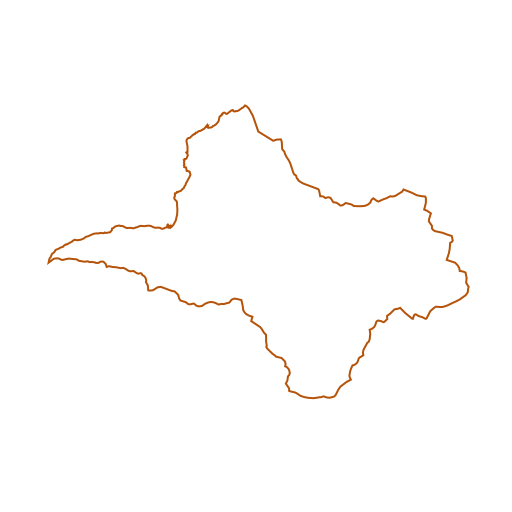 Dalvíkurbyggð, Norðurland eystra, Iceland (Albers equal-area conic projection), rotated 262°
{"feature_id": "244011B31014041409595", "entity_name": "Dalvíkurbyggð", "entity_type": "district", "adm_level": 2, "iso_a3": "ISL", "parent_name": "Iceland", "parent_adm1": "Norðurland eystra", "projection": "albers", "projection_center": [-18.585, 65.893], "detail": "fine", "context": "isolated", "style": "outline", "palette": "amber", "viewbox_px": 512, "rotation_deg": 262, "n_neighbors": 0, "source": "geoboundaries", "source_scale": "gbopen_adm2", "svg_char_len": 6121}
<svg xmlns="http://www.w3.org/2000/svg" viewBox="0 0 512 512"><g transform="rotate(262 256 256)"><path d="M190.9,460.8L193.1,461.2L195.8,462.3L200.1,460.4L205.0,461.5L210.4,461.2L211.5,459.5L212.5,457.0L212.7,455.7L215.8,455.6L219.0,454.2L221.7,452.2L225.6,444.3L231.7,447.3L235.7,448.7L242.0,450.1L243.0,452.3L244.0,453.0L248.6,452.6L250.3,448.9L253.0,444.0L255.8,436.5L257.5,434.7L258.8,434.1L261.5,434.4L266.2,432.0L268.1,432.4L273.9,435.1L277.0,431.7L278.6,429.0L284.9,431.6L289.6,432.3L291.3,431.9L292.2,428.3L293.4,424.7L294.1,423.2L297.1,418.9L301.3,411.4L299.4,409.7L296.2,402.5L295.9,400.6L296.0,398.7L296.5,397.4L294.9,392.7L294.6,390.7L292.9,384.7L293.7,383.4L296.8,380.2L295.9,378.7L294.8,377.6L293.0,376.7L291.3,373.9L290.5,371.0L290.6,367.8L291.0,364.6L291.9,359.7L293.1,358.6L294.0,357.1L296.0,352.2L294.7,349.8L294.2,348.5L294.2,346.9L294.4,346.3L295.8,345.2L297.6,343.0L298.5,340.0L303.0,338.0L303.9,336.6L304.1,335.2L303.7,332.8L305.5,330.9L306.1,329.1L306.2,327.9L312.0,327.6L313.6,326.9L320.9,313.4L322.2,311.5L324.8,308.5L326.0,308.3L327.1,307.3L329.8,306.9L330.8,306.2L331.3,305.3L333.1,304.6L343.1,302.8L346.4,301.7L350.0,299.9L353.2,298.9L355.3,298.6L358.1,296.8L365.5,297.4L368.0,296.9L368.4,293.0L367.7,289.1L378.9,275.6L395.3,272.4L403.1,269.4L405.2,267.9L406.6,266.1L404.6,263.5L404.6,262.9L402.7,259.4L402.1,257.7L402.2,256.3L402.4,255.9L402.1,255.1L402.2,254.5L402.7,253.7L403.6,253.5L403.8,252.8L403.3,251.4L400.8,247.1L400.8,246.6L402.4,244.6L402.3,243.5L401.4,242.2L401.0,242.4L400.5,241.9L400.3,241.7L400.4,241.4L399.6,240.5L399.2,239.4L395.0,237.8L393.8,236.9L391.7,234.4L390.8,232.2L390.7,231.4L390.0,230.7L389.6,229.8L389.5,228.8L389.7,227.9L389.5,226.7L390.1,225.9L390.8,226.2L390.6,225.9L390.7,225.5L391.2,225.1L391.9,225.4L392.0,225.8L392.3,225.8L389.1,222.3L388.9,221.3L388.5,220.6L387.6,218.2L387.6,216.5L386.3,214.5L386.5,213.4L385.4,212.7L385.4,212.0L385.0,211.0L384.7,210.9L384.6,210.2L382.2,206.9L382.2,205.5L381.8,204.6L380.8,203.6L379.4,203.1L373.7,203.4L369.1,202.7L368.5,202.2L368.6,201.8L368.2,202.5L367.5,202.2L367.6,201.8L369.1,200.9L367.5,201.7L367.4,202.2L365.2,202.5L362.1,200.6L361.9,199.6L362.0,198.8L361.0,198.6L360.9,198.4L360.9,197.9L359.7,198.2L358.4,197.6L356.9,197.9L356.2,197.6L356.0,197.2L354.8,197.5L354.0,197.3L353.7,198.0L353.6,198.8L353.3,199.1L350.0,199.2L350.1,199.8L349.2,200.7L349.1,201.6L348.7,202.0L345.6,202.4L342.5,200.5L342.0,199.9L339.2,198.0L338.3,197.1L335.7,195.8L335.0,194.9L333.4,194.0L332.1,191.9L331.2,191.0L330.8,190.1L330.6,188.4L330.1,187.5L330.4,186.7L329.6,186.1L329.3,185.5L329.3,184.4L326.6,184.0L325.0,183.1L323.7,183.3L320.9,185.2L312.9,184.6L308.1,183.7L302.4,181.5L298.4,178.6L297.2,177.2L297.8,174.3L297.7,174.3L297.1,176.4L296.5,176.3L296.1,175.5L296.8,175.5L295.8,174.9L296.2,173.4L298.3,173.9L297.8,173.6L297.7,172.5L297.9,172.4L298.9,172.7L300.0,173.9L299.0,172.5L296.9,172.0L296.6,169.7L296.1,168.6L295.9,167.5L296.1,166.4L297.3,164.7L297.8,162.6L297.9,160.7L298.0,160.2L298.8,158.3L300.3,156.2L300.9,154.4L301.1,152.1L301.1,149.3L301.9,146.0L301.6,144.0L301.0,142.1L301.0,140.7L300.5,139.5L300.7,137.4L301.3,135.9L301.7,132.0L302.2,130.9L304.0,128.5L304.6,126.6L304.6,125.9L305.2,124.9L305.0,121.5L304.6,120.2L303.6,118.8L303.2,117.2L301.7,116.9L299.8,114.8L299.8,112.7L299.6,111.4L299.8,110.9L299.9,109.8L300.3,109.5L299.8,108.2L300.3,105.8L300.5,105.3L300.3,103.4L300.6,101.1L300.6,98.2L298.9,92.4L298.7,90.3L297.3,87.8L296.5,84.6L296.5,81.0L297.3,79.0L296.8,77.1L295.7,75.5L295.1,73.6L293.8,70.4L293.7,70.0L294.0,69.8L294.0,69.4L292.9,67.1L292.0,66.2L291.4,62.9L290.9,62.3L290.0,58.7L289.5,57.9L288.0,57.0L286.4,54.2L283.2,52.3L282.3,51.2L278.3,49.7L281.2,55.0L281.5,55.9L281.3,59.3L281.0,60.2L279.2,63.0L279.0,64.2L279.4,67.8L279.5,70.1L277.7,77.7L277.0,78.8L276.0,79.7L274.3,85.1L274.1,86.9L274.2,88.6L273.1,90.3L272.9,93.0L271.9,96.0L271.4,96.6L271.1,98.8L271.2,99.4L272.0,101.0L271.8,103.5L271.5,104.2L269.1,106.0L266.0,106.6L266.4,109.0L265.0,112.6L264.4,115.7L262.8,120.2L262.7,123.0L261.2,125.3L259.3,127.4L258.4,129.1L258.1,132.8L255.8,135.3L254.9,136.9L254.9,138.0L255.1,139.3L254.5,140.3L253.4,140.5L251.3,142.7L249.8,143.5L247.3,144.0L245.6,143.4L241.8,144.8L237.0,144.5L236.6,145.5L236.4,148.4L236.5,149.3L238.7,154.3L238.7,157.5L233.1,167.8L232.3,170.5L228.4,173.5L224.7,174.0L222.5,174.9L220.0,180.1L217.9,182.1L217.4,183.2L217.3,184.4L217.6,187.5L217.4,188.0L215.1,190.1L214.1,192.1L214.0,195.4L215.8,199.0L216.6,202.1L216.7,203.3L216.7,205.2L216.0,207.6L215.1,209.4L213.2,212.1L213.1,212.8L213.4,214.6L213.3,215.7L213.0,216.5L212.9,217.7L213.3,220.2L213.5,222.7L214.0,223.6L215.9,225.5L216.3,226.2L216.8,228.7L216.3,230.6L214.4,235.4L208.3,235.9L204.2,235.8L202.0,236.7L200.1,238.0L198.9,239.4L197.5,241.5L196.4,244.0L192.2,242.2L185.1,250.2L183.2,251.4L179.0,253.2L176.5,255.0L169.9,254.1L165.6,254.2L164.4,253.5L162.4,254.5L156.7,258.9L154.6,261.2L153.6,261.7L151.4,267.2L147.5,270.0L144.9,270.3L142.7,269.5L141.9,270.9L140.9,271.7L138.8,272.9L135.3,273.2L133.3,272.2L132.4,270.9L128.4,269.8L125.5,267.8L120.2,270.4L117.9,270.0L117.2,271.1L115.5,275.5L114.8,276.7L111.2,280.8L109.4,284.6L108.3,288.0L107.2,293.1L107.2,297.6L107.3,299.7L107.1,300.7L107.6,303.4L106.2,306.1L105.8,307.2L105.4,309.4L105.6,311.5L105.9,313.7L107.1,315.4L112.3,319.0L114.9,321.4L118.7,328.2L120.3,332.7L123.1,331.9L124.7,331.9L128.7,333.2L131.2,334.4L134.3,336.4L134.3,337.5L134.6,338.5L135.5,340.3L136.1,341.0L136.9,341.8L140.2,343.5L140.9,344.2L142.8,348.5L145.1,348.4L148.0,349.3L154.5,354.1L155.5,355.8L157.8,357.0L163.1,358.3L167.2,358.3L167.6,360.3L169.1,363.0L170.8,364.4L174.1,366.0L174.7,366.7L175.1,367.8L174.9,368.7L173.9,371.2L172.8,372.7L172.7,373.3L173.4,374.6L175.3,377.2L178.5,377.5L180.0,380.5L183.8,385.6L184.0,386.8L184.0,389.2L184.6,391.5L178.7,395.9L172.2,401.9L172.0,402.6L175.2,404.2L176.1,405.5L175.8,406.4L173.9,408.7L172.2,412.3L170.2,415.1L170.3,415.9L170.7,416.4L177.0,420.8L179.6,424.6L180.6,426.6L180.7,427.4L179.7,431.9L179.6,433.5L179.7,435.0L180.5,439.0L182.3,444.6L183.3,448.1L184.7,451.9L187.9,458.0L188.9,459.2L190.9,460.8Z" fill="none" stroke="#b45309" stroke-width="2"/></g></svg>